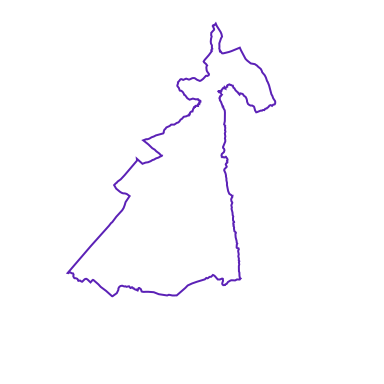 Songwe, Mbeya, United Republic of Tanzania (Albers equal-area conic projection), rotated 221°
{"feature_id": "72390352B69788666323478", "entity_name": "Songwe", "entity_type": "district", "adm_level": 2, "iso_a3": "TZA", "parent_name": "United Republic of Tanzania", "parent_adm1": "Mbeya", "projection": "albers", "projection_center": [32.779, -7.825], "detail": "fine", "context": "isolated", "style": "outline", "palette": "violet", "viewbox_px": 384, "rotation_deg": 221, "n_neighbors": 0, "source": "geoboundaries", "source_scale": "gbopen_adm2", "svg_char_len": 6099}
<svg xmlns="http://www.w3.org/2000/svg" viewBox="0 0 384 384"><g transform="rotate(221 192 192)"><path d="M98.6,157.2L98.6,158.6L99.4,158.5L101.1,159.8L103.4,162.3L104.5,162.9L108.1,166.9L108.8,168.3L110.6,169.8L110.7,170.5L111.1,170.9L111.9,171.1L112.8,172.4L114.9,173.9L115.8,175.6L118.2,177.5L118.6,177.9L119.1,179.5L120.0,180.0L120.8,179.4L121.7,179.3L122.0,179.5L123.7,181.7L124.0,182.8L125.0,183.1L126.2,184.3L129.3,186.4L131.8,188.9L132.0,189.9L132.4,190.2L134.2,190.2L136.3,191.9L136.8,192.7L137.6,193.3L138.2,193.4L138.6,193.7L138.8,194.5L139.9,194.9L140.5,195.8L140.3,196.7L140.9,197.2L141.7,197.2L142.5,197.6L144.2,199.5L144.8,200.6L146.1,201.2L148.0,203.1L151.1,205.2L151.7,206.4L153.6,207.8L154.5,210.3L154.9,210.6L156.0,210.8L157.4,211.9L158.0,212.9L158.2,214.5L158.6,215.1L158.7,214.8L158.9,215.2L159.7,215.5L162.7,215.1L165.3,216.4L170.2,220.2L171.5,221.8L173.8,223.5L174.8,224.7L176.8,226.2L177.2,226.8L179.0,228.1L181.8,229.4L182.4,230.2L182.5,230.8L182.3,233.6L182.4,233.9L184.6,234.9L184.9,235.6L184.7,237.2L185.2,237.4L185.1,238.0L186.2,238.7L186.2,239.6L187.5,240.4L189.2,240.5L189.5,240.8L189.8,240.6L189.9,239.9L190.4,239.1L191.7,238.7L192.1,238.0L192.6,238.0L193.2,238.7L193.7,238.9L194.4,240.2L194.1,243.1L194.9,244.8L196.1,245.6L197.4,245.7L198.1,246.3L200.0,251.9L201.1,253.2L202.3,254.0L203.3,255.8L205.7,257.8L206.3,259.4L207.5,260.3L207.2,259.7L209.0,262.3L210.5,263.1L210.0,263.0L210.3,263.7L212.1,264.1L213.7,267.0L219.3,273.6L220.9,275.1L223.3,275.9L223.8,276.4L224.5,276.4L224.4,276.8L224.6,277.0L226.1,277.3L229.6,279.2L230.8,279.4L231.5,279.8L231.9,280.5L232.9,280.8L233.6,282.8L233.4,283.4L233.2,283.3L233.3,285.0L233.8,284.9L235.5,285.8L237.0,285.0L237.6,285.3L238.1,285.2L238.2,285.7L237.4,286.4L236.0,287.4L236.7,288.7L236.5,289.4L236.8,290.5L236.5,291.2L235.4,291.6L236.1,291.8L236.4,292.6L235.3,292.6L234.6,293.3L234.7,294.2L234.5,294.6L235.3,295.3L235.2,296.2L234.7,296.9L234.7,297.2L234.3,297.8L233.3,297.9L233.0,298.3L231.2,298.7L230.9,299.0L229.2,297.9L228.1,298.1L225.8,297.3L223.0,297.2L222.6,297.3L221.8,296.9L220.0,296.7L220.3,298.1L218.4,299.1L217.6,299.2L216.1,298.7L213.9,298.9L212.1,298.2L210.6,297.2L209.7,296.3L207.5,295.2L205.6,295.3L204.3,295.8L203.4,296.7L201.5,297.1L200.8,296.9L197.8,294.9L195.8,294.3L195.3,295.0L193.8,298.0L193.3,298.8L192.6,299.2L192.4,300.1L191.9,300.8L191.2,301.2L191.3,302.9L190.4,304.1L190.5,304.9L190.1,305.8L190.2,308.1L189.5,309.3L188.1,309.5L188.0,311.2L187.1,312.3L187.3,313.3L188.1,314.4L188.9,315.1L192.2,316.0L194.5,317.3L196.1,317.8L203.9,323.1L207.3,324.8L208.2,325.0L211.2,326.8L213.6,327.8L217.5,328.4L219.0,329.3L220.9,330.0L225.0,329.9L225.5,330.1L228.5,329.7L232.0,327.6L236.6,327.4L239.0,327.6L248.1,331.1L250.6,332.3L254.6,324.3L256.0,321.9L258.9,317.8L259.6,316.9L260.4,316.4L262.5,316.9L262.3,316.5L263.0,316.3L264.8,317.8L265.5,318.1L266.4,319.4L268.9,322.1L270.9,327.0L271.3,329.0L271.7,329.3L273.3,330.5L275.3,331.5L282.3,333.6L284.6,334.7L284.5,332.9L285.3,332.0L285.4,331.2L285.1,330.8L284.3,330.8L284.0,330.3L282.5,329.7L281.8,329.0L281.9,324.8L280.4,322.9L279.2,322.3L278.2,320.2L276.5,317.8L275.1,316.5L273.3,315.8L272.7,315.3L272.1,314.3L270.6,313.4L270.8,312.6L270.4,311.6L270.2,311.4L269.5,311.4L269.1,306.4L269.1,300.1L268.8,298.1L267.9,297.8L265.3,297.8L263.6,297.4L263.6,296.7L262.8,295.3L260.7,293.4L259.7,292.9L256.5,292.1L256.0,291.0L256.6,289.6L257.3,289.3L257.7,288.8L257.8,284.8L258.3,282.3L258.9,281.0L261.8,280.0L264.6,279.7L265.4,279.2L266.4,278.2L267.7,275.3L268.1,274.8L270.8,273.7L272.2,270.8L273.8,270.4L274.5,269.7L274.7,268.9L274.5,268.0L274.6,265.6L274.0,265.2L273.0,262.8L272.4,262.3L270.2,261.9L267.9,260.6L267.5,260.6L266.4,261.4L264.6,261.4L262.6,260.8L261.8,260.2L260.6,260.5L257.0,259.7L254.4,260.1L252.6,263.1L249.9,264.4L248.4,266.0L247.9,266.0L247.6,265.6L247.1,265.6L246.3,266.1L245.5,266.3L245.2,266.1L244.9,265.7L245.3,265.4L245.3,264.4L244.6,264.1L244.6,263.7L244.3,263.3L244.9,263.1L244.9,262.3L244.4,262.3L244.7,261.0L244.1,260.7L245.8,259.4L245.9,259.0L245.4,258.2L246.1,257.6L245.8,257.1L245.9,256.8L245.6,256.6L245.6,255.4L244.5,253.1L245.2,252.5L245.5,251.3L245.4,250.3L244.8,249.6L245.2,248.6L245.1,248.3L244.5,248.2L244.5,247.7L245.4,246.9L245.9,245.5L247.6,243.3L247.6,240.7L248.1,239.1L247.8,236.8L248.1,235.2L248.8,234.2L249.6,231.2L251.9,229.2L252.2,227.1L253.7,223.9L253.5,222.2L253.7,221.0L253.1,219.3L252.3,218.3L252.2,217.3L256.4,211.0L257.2,208.9L258.4,206.8L259.2,204.3L260.3,202.5L261.2,201.8L262.7,199.0L256.2,199.3L250.7,199.0L247.9,199.5L245.7,199.3L241.9,199.6L239.3,199.3L238.6,199.7L238.5,199.4L239.5,197.3L239.8,196.1L241.2,193.8L242.0,191.4L242.8,190.2L243.4,188.2L244.7,185.6L246.3,183.8L247.9,180.8L255.4,180.9L254.2,179.8L254.1,179.1L253.9,160.4L254.1,154.8L255.0,151.0L254.9,149.6L255.2,148.5L255.3,146.1L251.4,144.8L246.7,144.9L244.7,145.2L243.1,145.8L241.7,146.9L240.0,147.7L236.4,148.0L235.5,140.8L234.2,138.0L233.1,135.0L232.7,132.4L232.9,123.6L232.4,116.9L232.7,115.4L232.5,112.0L232.9,84.6L232.7,49.3L232.1,49.6L231.9,50.5L231.3,51.4L229.4,51.8L228.4,52.5L227.2,52.0L226.4,50.6L224.9,49.9L224.1,49.9L223.1,50.7L221.6,51.2L220.4,50.9L219.8,50.4L219.2,50.6L218.5,51.7L216.6,51.9L216.0,52.3L215.8,55.3L215.5,56.4L214.7,57.2L213.3,57.4L209.3,57.2L209.3,59.9L209.1,60.7L208.6,60.9L202.1,60.9L198.7,60.5L192.0,61.0L184.1,60.9L183.6,61.2L182.4,66.3L183.4,69.9L184.3,71.0L184.6,72.6L184.3,74.1L183.3,75.4L181.1,76.3L180.3,77.2L179.3,77.4L177.7,79.5L175.4,79.2L175.2,79.4L175.0,80.5L174.5,80.9L173.2,80.7L172.8,81.1L171.8,80.9L170.3,81.4L169.8,82.1L169.2,81.8L168.4,82.0L169.2,84.5L168.8,85.0L166.8,85.1L164.7,83.9L163.3,84.6L159.8,87.8L155.1,91.3L150.0,93.1L142.9,97.6L142.0,99.3L139.0,101.0L135.7,103.9L134.1,115.2L133.9,118.7L131.9,123.1L129.4,127.5L125.0,134.5L124.8,136.5L123.8,136.9L123.4,137.6L123.1,139.4L121.9,140.7L121.8,143.1L121.0,143.4L119.5,143.5L115.2,142.9L113.6,144.2L112.5,146.4L111.8,146.7L110.3,145.3L109.3,142.9L108.4,142.2L107.3,142.2L106.0,143.5L106.2,144.3L105.6,145.3L105.8,147.7L104.9,150.4L104.3,151.3L101.4,153.6L100.7,155.5L98.6,157.2Z" fill="none" stroke="#5b21b6" stroke-width="2"/></g></svg>